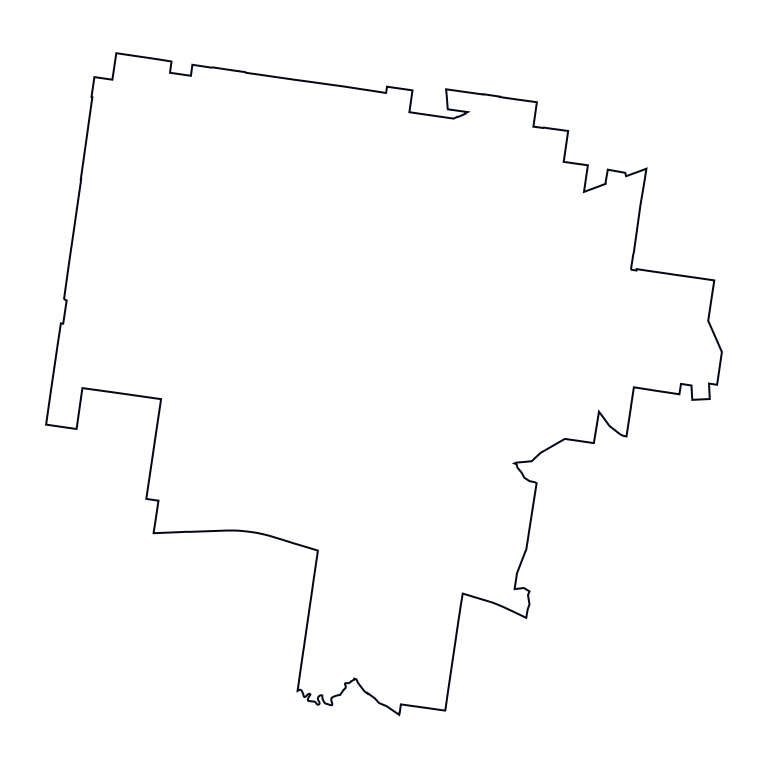 outline of Griffith, New South Wales, Australia
{"feature_id": "25037944B92431338165184", "entity_name": "Griffith", "entity_type": "district", "adm_level": 2, "iso_a3": "AUS", "parent_name": "Australia", "parent_adm1": "New South Wales", "projection": "robinson", "projection_center": [146.03, -34.335], "detail": "fine", "context": "isolated", "style": "outline", "palette": "ink", "viewbox_px": 768, "rotation_deg": 0, "n_neighbors": 0, "source": "geoboundaries", "source_scale": "gbopen_adm2", "svg_char_len": 5749}
<svg xmlns="http://www.w3.org/2000/svg" viewBox="0 0 768 768"><path d="M297.6,690.9L298.1,690.6L298.8,690.2L299.3,689.9L300.0,689.8L300.6,689.9L301.2,690.2L301.6,690.7L302.1,691.3L302.4,692.1L302.8,693.3L303.2,694.3L303.5,694.8L303.6,695.7L303.8,696.5L304.2,696.9L304.7,697.1L305.1,696.9L305.8,696.5L306.4,695.9L306.9,695.3L307.5,694.7L308.2,694.2L308.9,693.8L309.6,693.8L310.0,694.0L310.3,694.3L310.4,694.7L310.1,695.2L309.6,695.9L309.0,696.7L308.5,697.6L308.3,698.2L308.0,699.0L307.8,699.7L307.9,700.4L308.2,700.7L308.8,701.0L309.7,701.1L311.2,701.3L312.3,701.4L313.2,701.5L314.4,701.6L314.9,701.8L315.4,702.1L315.9,702.8L316.5,703.7L317.1,704.3L317.6,704.6L318.4,704.7L319.0,704.4L319.5,703.9L319.6,703.2L319.2,701.7L318.4,700.5L318.0,699.6L317.8,698.8L318.0,697.9L318.4,696.9L319.3,696.0L320.1,695.5L321.2,695.2L322.0,695.3L322.4,695.8L322.3,697.0L322.4,698.1L322.8,699.4L323.3,700.6L324.0,702.0L324.8,703.0L325.6,703.6L327.1,704.0L328.2,704.3L329.6,704.8L330.5,705.1L331.5,705.2L332.1,705.0L332.3,704.3L332.3,703.6L331.7,702.0L331.4,700.4L331.2,699.3L331.4,698.4L331.9,697.7L332.5,697.3L333.4,696.8L334.1,696.5L335.9,695.9L337.0,695.5L338.3,695.2L339.4,695.0L340.0,695.1L343.5,690.0L343.7,689.8L344.0,689.6L344.2,689.4L344.4,689.2L344.9,688.7L345.0,688.6L345.2,688.4L345.3,688.3L345.4,688.1L345.5,687.9L345.6,687.7L345.7,687.4L345.8,687.2L345.8,686.9L345.8,686.7L345.8,686.4L345.7,686.2L345.6,685.8L345.6,685.7L345.5,685.4L345.4,685.2L345.2,684.8L345.1,684.6L345.0,684.3L345.0,684.2L344.9,684.0L344.9,683.9L345.0,683.8L345.0,683.7L345.3,683.4L345.5,683.2L345.9,683.1L346.0,683.1L346.4,683.1L346.7,683.1L346.9,683.2L347.1,683.2L347.5,683.2L347.8,683.2L348.0,683.2L348.4,683.1L348.6,683.1L348.9,683.0L349.1,683.0L349.3,682.8L349.6,682.7L350.2,682.3L350.2,682.2L350.3,682.1L350.5,682.0L350.5,681.9L350.8,681.7L351.1,681.5L351.2,681.3L351.4,681.2L351.6,681.1L352.5,680.6L353.6,679.9L353.8,679.8L354.0,679.8L354.2,678.6L356.4,679.4L357.4,681.5L358.0,682.9L359.9,685.4L364.5,691.4L366.0,692.5L367.5,693.6L367.6,693.1L374.9,698.4L379.0,703.0L382.5,704.5L386.3,706.0L399.2,714.8L399.4,713.0L399.7,713.1L400.9,704.4L421.7,707.3L424.7,707.7L445.1,710.6L445.3,710.5L448.2,690.2L451.2,670.0L453.2,656.5L454.2,649.8L454.2,649.6L456.2,636.3L456.2,636.0L459.2,615.8L459.5,614.2L460.8,605.4L462.2,596.9L462.5,594.6L462.7,593.6L470.6,595.9L471.9,596.4L472.4,596.5L476.0,597.6L486.4,600.7L492.3,602.5L495.9,603.9L502.2,606.5L502.9,606.8L507.0,608.7L511.7,610.9L512.1,611.1L512.8,611.4L513.2,611.6L518.0,613.9L518.7,614.2L520.5,615.1L525.1,617.3L526.3,617.9L526.4,617.7L526.4,617.0L526.8,614.4L527.8,609.0L529.5,604.5L528.0,595.1L529.5,591.4L523.9,588.0L514.8,589.1L514.6,589.1L517.0,573.3L517.3,572.5L525.5,551.2L526.0,550.4L526.3,549.4L528.3,536.7L529.0,531.9L532.2,511.4L536.6,483.4L536.6,483.2L534.8,482.2L529.5,481.1L524.4,477.8L522.7,474.6L521.6,472.6L517.4,467.6L516.7,464.5L514.4,463.4L516.5,462.6L524.6,461.9L531.8,461.2L540.5,452.9L564.9,438.9L566.2,439.1L576.0,440.5L593.0,443.0L593.9,443.1L594.6,438.7L599.0,411.7L606.4,421.7L607.0,422.6L607.5,423.2L608.1,424.1L608.4,424.5L608.7,424.9L609.0,425.3L609.3,425.6L609.7,426.0L610.0,426.4L610.4,426.7L610.8,427.0L611.1,427.3L611.5,427.6L619.7,433.9L620.0,434.1L620.4,434.4L620.7,434.6L621.1,434.8L621.5,435.0L621.8,435.2L622.2,435.4L622.6,435.5L623.0,435.7L623.4,435.8L623.8,435.9L624.2,436.0L624.6,436.1L625.0,436.2L626.5,436.4L630.9,407.4L631.3,404.4L633.9,387.3L651.4,390.0L654.2,390.5L669.0,392.7L679.4,394.3L681.0,383.9L691.5,385.5L692.1,396.8L692.3,399.9L693.7,399.8L709.8,399.0L709.0,383.6L712.6,384.1L717.1,384.8L721.9,352.0L714.0,333.9L708.2,320.8L711.2,300.8L714.3,280.4L691.6,277.1L691.4,277.1L676.5,275.0L661.1,272.7L650.6,271.2L636.7,269.1L636.5,270.5L631.7,269.8L631.1,269.0L631.1,268.8L631.5,265.8L633.3,254.3L633.8,252.7L636.1,236.3L636.8,231.4L639.9,209.1L640.4,205.4L640.5,204.9L644.8,179.4L646.4,168.7L639.3,171.4L630.4,174.6L627.1,175.9L626.1,176.2L625.2,172.8L607.8,169.7L605.6,182.5L605.8,183.6L605.7,183.9L605.2,184.0L584.0,191.9L587.9,165.3L563.7,161.9L563.8,161.4L565.3,150.9L568.1,131.5L568.2,131.0L565.2,130.6L555.2,129.2L554.9,129.2L543.7,127.6L543.3,128.0L534.4,126.8L533.4,126.7L536.9,102.2L519.1,99.8L500.1,97.1L500.2,96.7L483.4,94.2L483.4,94.3L483.5,94.5L483.2,94.5L446.1,89.3L446.9,97.7L447.7,108.8L447.8,109.3L467.6,112.1L465.4,113.2L465.5,113.7L458.7,116.8L457.7,116.7L453.6,118.6L423.6,114.3L409.4,112.2L411.7,96.1L412.5,90.4L406.6,89.5L393.8,87.7L387.0,86.7L386.7,88.8L386.1,93.0L375.4,91.3L365.5,89.8L362.0,89.3L345.3,86.7L323.5,83.7L304.0,81.0L294.1,79.7L293.6,79.6L258.2,74.5L246.0,72.8L245.6,72.2L230.1,70.0L212.9,67.4L212.2,67.6L211.9,67.6L211.2,67.6L192.4,64.8L192.4,65.0L191.4,72.1L191.3,73.4L190.9,75.8L181.3,74.4L173.6,73.3L170.0,72.8L171.5,61.6L170.3,61.3L155.7,59.0L138.1,56.4L116.3,53.2L112.4,79.7L94.4,77.1L91.5,97.0L92.4,97.2L91.5,103.2L89.8,115.3L88.7,123.2L86.6,138.3L81.0,177.9L80.8,179.3L81.2,179.3L76.8,209.7L73.1,235.5L69.4,260.6L64.1,298.7L65.2,299.8L66.7,300.5L63.2,323.7L60.9,323.4L57.9,343.2L52.0,383.5L51.9,383.8L51.9,384.1L49.3,402.1L46.1,424.6L56.3,426.1L76.3,429.0L76.6,429.0L77.2,424.8L82.4,388.1L118.6,393.1L143.9,396.7L160.7,399.1L161.1,399.1L156.2,431.9L152.4,457.8L146.3,498.9L158.5,500.7L155.0,524.1L153.6,532.8L153.6,533.2L182.9,532.0L183.9,531.9L187.9,531.8L188.7,531.9L205.7,531.3L227.7,530.5L228.1,530.5L234.5,530.5L240.3,530.8L246.1,531.4L251.8,532.1L257.6,533.0L258.3,533.2L262.9,534.2L268.0,535.4L273.0,536.9L277.8,538.4L278.0,538.4L294.9,543.7L297.7,544.5L317.9,550.6L317.8,551.4L316.8,558.6L316.7,558.9L313.7,579.4L310.9,599.1L309.5,608.2L308.7,614.2L308.2,617.6L308.0,618.6L307.6,621.5L303.7,648.8L303.6,649.0L301.9,660.8L299.0,680.8L299.0,681.2L297.7,690.0L297.6,690.9Z" fill="none" stroke="#020617" stroke-width="2"/></svg>